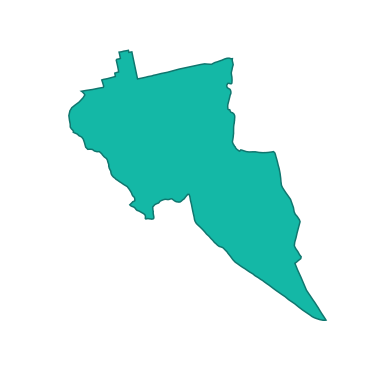 outline of Angkor Borei, Takêv, Cambodia, rotated 349°
{"feature_id": "14789045B52246577333094", "entity_name": "Angkor Borei", "entity_type": "district", "adm_level": 2, "iso_a3": "KHM", "parent_name": "Cambodia", "parent_adm1": "Takêv", "projection": "natural_earth1", "projection_center": [104.951, 10.971], "detail": "fine", "context": "isolated", "style": "filled", "palette": "teal", "viewbox_px": 384, "rotation_deg": 349, "n_neighbors": 0, "source": "geoboundaries", "source_scale": "gbopen_adm2", "svg_char_len": 5091}
<svg xmlns="http://www.w3.org/2000/svg" viewBox="0 0 384 384"><g transform="rotate(349 192 192)"><path d="M257.1,68.8L255.9,68.7L254.0,67.7L251.9,67.4L249.7,67.6L247.8,68.0L246.6,68.3L245.0,68.5L241.9,69.0L239.8,69.2L239.0,69.3L237.6,69.7L235.5,70.4L232.0,69.5L228.7,68.6L224.9,68.5L219.6,68.6L214.1,68.7L208.4,68.8L202.7,68.9L197.3,69.3L190.8,69.8L184.4,69.8L179.0,70.1L176.5,70.1L174.6,70.4L171.0,70.3L168.4,70.5L164.5,70.6L160.7,70.6L160.1,70.6L159.8,51.7L159.7,43.0L156.6,42.9L156.6,40.8L153.7,40.8L152.0,40.7L149.4,40.9L147.1,40.8L147.2,43.5L147.2,47.2L146.0,47.4L143.6,47.4L142.8,48.1L143.0,54.2L143.0,58.3L142.8,60.2L141.1,60.3L138.9,60.6L138.8,64.0L130.5,64.6L126.4,64.6L124.8,64.8L125.2,67.8L125.5,71.3L124.9,72.4L119.9,72.3L113.9,72.4L107.6,72.1L102.7,72.0L103.5,72.8L104.9,75.0L105.3,76.3L103.2,78.6L98.3,82.2L93.9,84.3L90.1,86.3L87.6,89.1L85.7,93.5L85.4,98.2L85.4,102.1L84.9,105.0L85.6,106.9L86.7,108.5L87.3,109.7L86.8,110.6L87.7,111.4L89.0,112.2L90.6,113.4L91.7,115.1L94.1,116.9L95.3,119.2L95.8,122.5L96.2,127.7L97.8,130.2L100.3,130.6L102.3,131.2L104.0,133.1L106.4,134.3L108.8,134.7L110.7,137.3L111.1,138.3L112.5,140.7L114.4,142.8L115.0,144.4L115.1,146.3L115.5,149.1L115.2,150.7L115.3,152.8L115.9,155.0L116.2,155.9L116.1,158.0L116.3,159.5L116.8,160.7L117.5,162.0L118.3,163.0L119.0,163.7L119.8,165.0L121.2,166.3L122.3,167.5L123.4,168.6L124.4,169.5L125.3,170.5L126.5,171.7L127.4,172.5L128.2,173.2L129.5,174.4L130.2,175.9L130.8,177.1L131.3,178.3L131.9,179.8L132.4,181.4L132.7,183.2L133.0,184.1L133.3,184.8L134.3,186.1L134.5,187.0L134.4,188.8L134.2,189.6L132.9,190.1L132.1,190.2L130.6,191.3L129.4,192.1L128.5,192.7L129.1,193.7L130.5,194.8L131.9,195.6L133.1,197.0L133.7,198.4L134.6,199.6L135.9,200.3L137.2,201.3L138.8,202.7L140.0,203.7L140.7,204.4L141.5,205.6L141.6,206.7L141.6,207.7L141.1,208.8L141.3,209.5L142.5,209.7L143.6,209.6L144.8,210.1L146.1,210.5L147.0,210.9L148.1,211.0L149.0,210.9L149.6,210.2L149.8,208.9L149.8,207.6L149.8,206.2L149.9,204.9L150.2,204.1L150.2,201.9L150.4,200.6L150.6,199.2L151.8,198.3L152.9,197.4L154.5,196.9L155.2,196.7L156.1,196.6L157.1,196.4L157.8,195.9L158.9,194.9L160.9,194.4L162.5,194.1L164.2,194.0L165.6,194.4L167.0,194.9L168.4,194.9L169.7,194.7L170.8,194.8L172.3,196.3L173.1,197.3L174.6,198.5L175.7,198.9L177.2,199.4L178.4,199.5L179.8,198.9L181.2,198.0L182.9,197.3L185.1,195.3L187.4,193.5L188.6,193.7L189.0,195.8L189.0,197.8L188.9,200.3L189.1,203.7L189.1,206.9L189.1,210.7L189.2,214.5L189.3,216.8L189.2,219.7L189.5,221.6L190.3,223.8L191.9,226.1L193.4,228.1L195.3,230.9L197.1,233.9L198.2,236.0L199.1,237.2L199.6,237.8L200.5,239.1L201.7,241.3L203.1,243.3L204.4,245.8L205.5,247.1L206.9,249.1L208.3,250.6L209.9,251.4L211.4,252.3L212.2,253.2L213.2,254.8L214.2,256.3L215.2,257.9L215.5,258.8L216.4,260.5L217.4,262.4L218.5,264.7L219.2,266.2L220.2,267.8L221.1,269.2L222.6,270.7L224.0,272.2L225.6,273.9L227.4,275.7L229.3,277.4L231.4,279.6L233.3,281.5L234.7,282.7L236.5,284.4L237.5,285.8L239.0,287.2L240.7,288.7L242.0,290.1L243.3,291.4L244.3,292.2L245.5,293.6L246.2,294.4L246.8,295.0L247.4,295.7L249.6,297.9L251.5,300.0L253.7,302.5L256.3,305.3L257.9,306.9L260.3,309.4L263.5,312.6L266.2,316.0L268.4,318.2L271.5,321.3L274.9,325.4L278.2,329.1L280.8,331.7L284.1,335.0L286.2,337.3L288.0,338.7L290.1,340.0L293.0,341.6L295.9,342.8L298.1,343.3L299.1,343.3L297.9,340.3L295.9,335.5L294.3,331.2L294.0,330.2L292.8,327.3L291.5,324.0L290.1,320.9L288.4,316.8L287.3,314.3L286.3,311.9L285.6,310.2L284.2,303.6L282.7,296.6L280.8,288.8L280.2,285.7L279.4,281.6L280.4,281.2L281.5,280.6L282.7,279.9L284.2,279.1L286.0,278.2L286.8,276.4L285.6,274.1L284.6,270.9L283.2,267.8L282.5,265.7L282.2,264.2L283.3,260.8L285.4,256.7L287.4,252.1L289.3,248.2L291.0,244.7L292.4,241.8L292.1,239.7L290.6,236.1L289.1,233.5L288.5,230.9L288.6,226.6L287.9,222.0L287.3,218.0L285.7,214.4L284.0,210.7L282.8,207.8L281.7,205.0L281.1,202.5L281.3,198.8L281.7,195.3L282.0,190.4L282.0,185.6L281.7,181.8L281.6,178.8L281.4,176.0L281.1,172.9L281.0,170.9L280.7,169.3L279.7,167.9L277.7,167.9L274.4,167.7L271.9,167.4L268.9,166.9L265.2,165.9L262.0,164.7L259.0,164.1L255.7,163.6L253.0,162.7L250.5,161.3L248.7,160.3L247.8,160.0L246.6,161.0L245.6,160.3L245.1,159.6L244.7,159.3L244.2,158.7L243.5,157.6L243.2,157.0L243.1,156.1L242.5,155.2L242.0,153.7L241.5,152.4L241.2,150.5L241.8,148.9L242.6,146.8L243.2,145.0L243.4,144.2L243.6,143.6L244.0,142.4L244.3,140.7L244.7,138.8L245.3,136.0L246.0,133.8L246.6,132.4L246.8,131.8L247.1,130.7L247.5,129.6L247.7,128.6L248.1,127.3L248.4,125.7L248.4,125.0L248.1,123.6L247.5,122.7L246.8,121.9L246.1,121.6L245.4,121.1L245.0,120.1L244.7,118.4L243.7,118.2L243.2,117.7L243.1,116.8L243.3,115.6L243.4,114.5L243.9,112.9L244.8,111.0L245.6,109.3L246.4,107.6L246.7,106.9L247.3,105.7L247.8,104.4L248.9,102.8L249.3,101.2L249.2,99.4L248.8,98.4L247.9,97.6L246.6,96.4L246.4,95.5L246.3,94.8L246.5,93.7L246.9,93.3L247.9,92.2L249.2,92.4L250.1,93.0L251.3,93.2L251.9,92.7L252.5,90.5L252.8,89.0L252.9,88.1L253.1,86.7L253.1,85.2L253.2,83.2L253.5,81.9L254.2,80.4L254.7,79.3L255.2,78.0L256.0,76.3L256.7,75.0L256.7,72.9L256.6,71.1L256.7,70.1L257.1,68.8Z" fill="#14b8a6" stroke="#0f766e" stroke-width="1.5"/></g></svg>